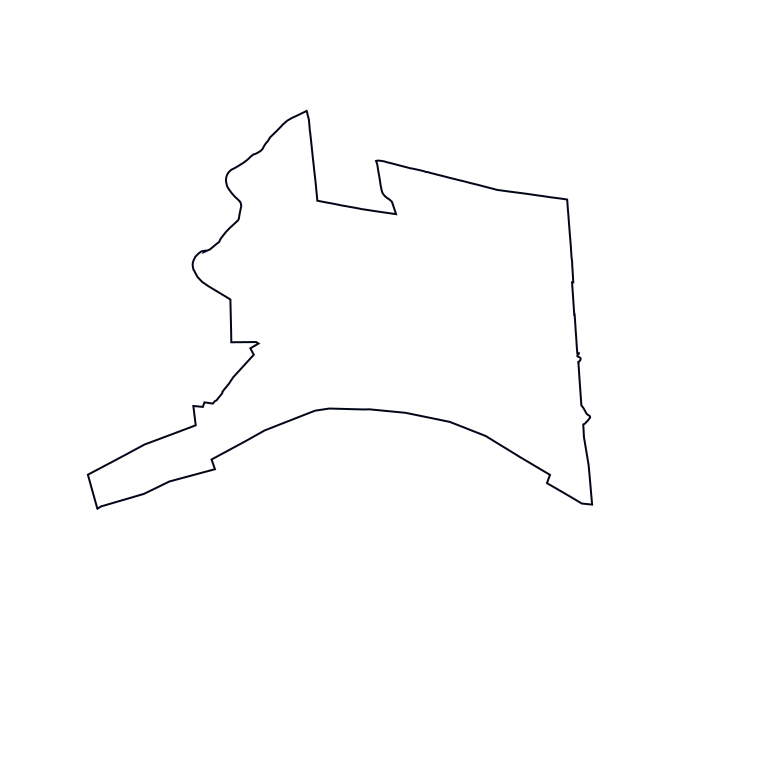 Gostinu, Romania (Albers equal-area conic projection), rotated 30°
{"feature_id": "2599482B60954600947831", "entity_name": "Gostinu", "entity_type": "district", "adm_level": 2, "iso_a3": "ROU", "parent_name": "Romania", "parent_adm1": "", "projection": "albers", "projection_center": [26.1, 43.984], "detail": "fine", "context": "isolated", "style": "outline", "palette": "ink", "viewbox_px": 768, "rotation_deg": 30, "n_neighbors": 0, "source": "geoboundaries", "source_scale": "gbopen_adm2", "svg_char_len": 4773}
<svg xmlns="http://www.w3.org/2000/svg" viewBox="0 0 768 768"><g transform="rotate(30 384 384)"><path d="M198.2,635.3L200.1,631.6L231.1,599.1L246.9,575.7L280.2,542.3L272.4,535.6L288.3,509.8L291.6,504.5L303.9,483.8L337.6,441.6L348.9,432.6L378.6,416.5L384.1,413.2L417.0,398.2L460.0,383.9L498.1,378.2L539.0,379.3L573.2,379.7L574.7,388.4L595.0,388.4L615.1,388.6L624.5,384.4L623.7,383.2L616.9,373.5L607.4,359.9L601.5,351.6L583.7,330.0L576.8,319.4L577.8,317.8L578.7,314.1L579.3,310.0L578.5,309.0L577.4,308.8L575.3,308.7L573.8,308.2L571.1,306.5L568.7,305.1L565.6,303.8L550.6,281.6L543.3,270.7L541.9,268.7L541.5,268.1L541.8,268.0L541.4,267.4L541.8,266.7L541.9,266.3L542.0,266.0L542.1,265.2L541.9,264.2L541.1,263.3L540.4,263.1L539.2,263.2L538.0,263.3L537.7,263.3L537.2,262.7L537.1,262.2L537.0,261.8L537.2,261.4L537.6,260.7L537.5,260.3L537.4,260.4L537.2,260.1L536.9,260.1L536.6,260.1L536.4,260.2L535.9,260.5L532.9,256.2L530.1,252.0L526.9,247.2L523.9,242.8L520.8,238.1L517.5,233.2L514.4,228.6L514.1,228.9L513.7,228.2L512.0,225.7L507.3,218.7L501.8,210.5L498.5,205.6L496.0,201.9L497.1,201.3L494.7,197.7L491.2,192.4L487.1,186.2L485.8,184.1L485.3,183.3L484.3,182.1L483.4,181.0L476.7,171.0L474.1,167.2L470.9,162.6L467.4,157.5L464.3,153.0L461.3,148.6L458.5,144.5L455.7,140.5L451.8,134.7L450.4,132.7L449.2,133.1L444.7,134.9L436.5,138.3L435.7,138.7L433.6,139.5L425.5,142.7L421.9,144.2L411.6,148.3L399.9,153.2L386.5,158.7L385.1,159.3L381.5,160.2L380.6,160.5L379.1,160.9L378.5,161.1L376.5,161.6L372.7,162.7L366.7,164.3L360.6,166.1L358.2,166.8L357.6,167.0L357.4,167.0L352.2,168.4L348.6,169.5L338.2,172.5L334.2,173.6L331.0,174.5L330.8,174.5L329.2,175.0L324.7,176.3L321.4,177.2L318.6,178.0L317.5,178.3L316.7,178.4L316.2,178.6L315.7,178.7L315.1,179.0L314.6,179.3L314.0,179.5L313.6,179.5L313.0,179.6L312.5,179.7L309.5,180.5L302.6,182.7L300.7,183.3L299.6,183.7L298.9,184.1L298.6,184.2L298.3,184.2L298.2,184.2L296.0,184.8L288.4,186.9L280.3,189.1L276.6,190.2L272.2,191.3L271.1,191.8L269.7,192.2L269.4,192.5L267.5,193.3L266.4,194.0L265.6,194.9L267.1,196.0L267.6,196.5L268.7,197.6L269.5,198.6L270.1,199.3L271.7,201.4L273.7,203.8L275.8,206.2L277.6,208.4L279.0,210.1L281.6,213.5L283.0,215.0L284.8,217.1L285.6,217.9L286.5,218.7L287.7,219.6L288.6,220.0L289.4,220.4L290.2,220.6L291.6,221.0L293.0,221.2L293.8,221.3L295.0,221.4L297.1,221.6L298.6,222.0L299.4,222.1L299.8,222.4L300.3,222.7L306.3,228.0L309.5,230.9L290.5,238.5L281.0,242.2L278.4,243.2L277.1,243.8L275.3,244.3L269.1,246.5L259.7,249.9L259.1,250.1L258.5,250.4L252.6,252.3L248.0,253.9L242.2,256.0L234.9,258.5L234.6,258.6L232.3,255.3L228.2,249.6L224.1,243.8L220.4,238.8L216.9,234.1L213.8,229.8L209.8,224.4L206.4,219.7L203.7,216.0L200.0,210.9L196.7,206.4L193.7,202.3L193.1,201.8L191.9,199.9L188.6,195.2L187.8,194.1L187.5,193.6L186.8,192.7L186.2,192.0L183.0,188.8L182.4,188.2L181.9,187.6L181.8,187.3L180.4,186.2L179.8,187.2L174.6,194.9L171.4,199.4L169.1,203.3L168.0,205.8L167.2,208.4L166.7,209.6L166.2,212.0L164.6,218.4L162.2,226.8L162.0,227.8L162.0,228.8L162.0,230.0L162.0,231.3L161.7,232.9L161.6,233.2L161.3,235.2L161.2,237.4L161.2,238.9L161.3,241.1L161.1,242.2L160.8,243.3L160.3,244.4L160.0,244.9L160.0,245.1L159.8,245.4L159.5,246.0L159.2,246.6L158.9,247.0L158.5,247.6L158.1,248.2L157.7,248.8L157.5,249.1L157.0,249.6L156.5,250.2L156.2,250.5L156.0,250.9L155.8,251.1L155.7,251.7L155.2,252.9L154.9,253.6L154.6,254.5L154.2,256.2L153.8,257.3L153.3,258.8L152.5,260.7L151.4,263.3L150.3,265.2L149.4,266.9L148.4,268.8L147.7,270.0L147.2,270.9L146.0,272.8L144.7,274.7L144.4,275.4L144.1,276.6L143.7,277.9L143.5,279.3L143.5,280.1L143.5,281.0L143.8,282.7L144.2,284.2L144.9,285.8L145.7,287.2L146.7,288.5L147.9,289.8L149.1,291.0L150.4,291.9L152.1,292.8L153.6,293.5L155.6,294.4L157.1,295.0L158.9,295.6L160.1,296.0L161.5,296.4L162.2,296.6L164.9,297.2L166.8,297.7L168.1,298.1L169.5,299.0L170.8,300.4L171.7,302.0L172.2,303.7L174.1,309.4L174.9,311.5L175.7,313.5L175.7,315.6L174.0,320.9L172.4,326.1L171.1,331.2L170.1,338.3L170.0,339.8L169.9,340.6L170.0,341.6L170.2,343.6L169.9,344.2L169.1,346.0L168.9,346.5L166.0,354.4L162.2,359.6L162.2,358.2L161.1,359.0L160.3,359.7L159.5,360.8L159.2,361.2L158.6,362.7L158.0,364.1L157.6,365.8L157.2,367.2L157.0,368.1L157.1,369.5L157.2,371.2L157.4,372.9L157.8,374.4L158.4,375.9L159.0,376.9L160.1,378.3L161.0,379.4L162.2,380.5L162.9,380.7L164.5,381.8L169.1,384.6L175.4,386.5L183.0,387.1L208.7,387.6L224.9,414.2L230.9,424.2L252.3,411.6L255.1,411.7L250.4,419.9L256.6,423.8L252.9,440.6L250.1,453.2L249.8,457.1L249.6,461.1L248.3,469.0L248.2,470.1L248.0,471.2L248.5,472.8L247.1,482.0L246.1,483.5L245.5,486.6L241.6,488.1L237.7,489.7L238.6,494.4L232.4,497.2L229.9,498.4L241.6,513.9L224.3,535.0L206.9,556.1L192.5,579.4L182.7,595.0L172.9,610.6L192.7,630.0L197.7,634.9L197.9,635.2L198.2,635.3Z" fill="none" stroke="#020617" stroke-width="2"/></g></svg>